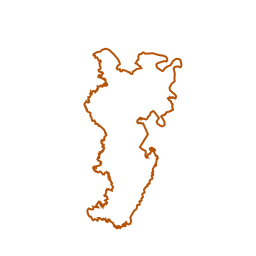 the district of Nanumba North, Northern, Ghana, rotated 326°
{"feature_id": "2480657B57712569843933", "entity_name": "Nanumba North", "entity_type": "district", "adm_level": 2, "iso_a3": "GHA", "parent_name": "Ghana", "parent_adm1": "Northern", "projection": "natural_earth1", "projection_center": [-0.086, 8.922], "detail": "fine", "context": "isolated", "style": "outline", "palette": "amber", "viewbox_px": 256, "rotation_deg": 326, "n_neighbors": 0, "source": "geoboundaries", "source_scale": "gbopen_adm2", "svg_char_len": 5835}
<svg xmlns="http://www.w3.org/2000/svg" viewBox="0 0 256 256"><g transform="rotate(326 128 128)"><path d="M157.5,59.1L156.0,52.6L154.0,49.9L150.2,48.7L147.9,49.2L144.1,47.6L141.9,47.8L141.1,47.4L140.0,48.5L141.0,49.8L140.2,51.4L141.8,52.1L141.4,56.1L142.8,56.5L142.6,57.8L140.3,58.5L140.1,59.6L139.4,60.6L139.2,62.6L137.9,63.6L136.2,63.3L135.5,64.8L136.5,66.3L137.4,66.9L137.9,67.9L137.9,68.7L136.5,68.6L135.7,69.7L133.3,67.9L132.0,69.0L133.2,69.7L133.5,70.3L133.2,70.7L134.1,70.9L134.2,72.1L134.9,73.6L135.3,73.5L135.4,74.4L136.2,74.2L136.4,75.2L135.3,77.0L135.2,80.3L134.0,81.0L133.5,80.7L133.3,78.1L132.0,78.2L131.6,79.3L131.1,78.7L129.9,79.4L129.4,78.9L129.2,77.6L127.7,77.9L126.2,76.5L125.9,77.3L125.0,77.8L125.0,78.8L123.7,78.6L123.2,79.7L122.1,79.2L121.5,79.7L120.9,79.1L120.7,79.4L120.5,78.4L119.9,77.9L118.4,77.8L117.6,78.7L117.6,77.4L117.0,78.2L116.9,79.0L115.8,78.4L115.4,79.9L114.5,80.6L113.4,80.9L112.3,80.3L111.7,81.8L110.8,82.2L111.1,83.4L110.2,84.9L109.0,84.5L108.4,82.5L107.9,83.0L105.7,83.4L104.7,84.5L104.9,86.6L104.2,87.0L104.4,88.1L104.0,88.9L104.5,89.6L103.5,90.6L103.8,92.0L105.3,94.4L103.5,97.1L103.7,98.5L102.4,101.6L102.6,102.4L104.3,102.9L104.3,104.7L103.9,105.3L104.2,106.4L103.6,106.5L105.3,108.3L104.9,109.7L105.6,109.8L107.1,115.3L107.0,118.1L106.8,119.1L106.2,119.5L106.6,120.4L106.1,121.8L103.4,122.3L102.4,123.2L102.5,123.7L101.6,124.7L100.9,124.8L100.4,124.1L99.2,124.6L99.2,123.5L98.7,123.7L97.5,125.9L98.0,127.2L97.8,128.0L98.5,128.4L97.9,129.0L97.3,128.4L96.2,129.1L97.2,130.6L97.1,131.2L95.3,132.1L95.5,132.5L94.7,133.0L93.3,133.3L93.0,132.6L92.1,133.1L91.2,132.4L90.9,133.3L89.5,132.9L89.3,133.5L89.8,133.4L89.8,134.2L88.1,135.0L88.1,136.0L87.5,136.7L86.6,135.9L86.3,136.5L85.2,136.7L85.1,138.3L86.4,140.2L86.6,141.4L85.6,141.6L85.9,142.0L85.7,142.6L84.8,143.2L83.5,143.2L80.1,142.0L79.4,143.0L78.8,141.3L77.7,141.0L76.9,141.4L76.6,142.2L77.0,142.5L77.0,142.1L77.4,142.1L77.7,142.5L77.2,143.7L76.5,143.8L76.8,146.0L77.8,146.3L77.9,147.5L78.6,148.3L80.3,148.3L81.0,148.9L81.3,152.5L82.2,153.2L84.0,152.2L84.6,152.6L85.8,152.5L86.6,154.5L85.7,154.9L86.2,155.7L85.5,156.2L85.6,157.4L85.0,157.2L85.0,158.3L84.3,158.1L84.7,160.2L84.4,160.9L83.7,160.5L84.1,162.7L83.6,163.6L84.0,164.3L83.9,164.8L82.7,165.4L82.6,168.8L80.5,169.7L79.6,170.9L77.5,167.6L76.6,167.8L76.2,167.0L74.6,168.0L73.6,169.5L71.6,170.7L70.7,170.6L70.6,171.4L71.0,171.7L71.3,171.4L72.1,172.6L71.5,175.5L68.4,175.2L69.0,178.2L67.7,178.8L67.8,178.2L65.8,177.8L63.9,179.2L63.6,178.9L63.6,177.2L62.6,179.0L62.2,176.5L62.7,175.6L62.6,174.6L62.9,173.9L63.3,174.1L63.4,173.3L62.6,172.8L58.6,174.2L58.8,177.0L55.2,173.9L55.2,174.4L53.8,175.8L53.3,175.8L52.2,175.1L50.3,172.7L48.4,173.5L47.2,175.3L46.5,178.2L46.6,179.9L47.7,180.6L47.3,183.9L47.6,185.1L49.5,185.0L50.3,185.9L50.8,187.7L52.8,186.9L52.9,186.0L54.1,186.7L55.4,189.9L56.8,189.5L57.0,190.6L57.7,191.1L58.4,190.7L58.4,191.6L57.7,192.9L58.0,194.2L58.9,194.5L60.0,193.0L60.7,192.8L61.5,193.8L61.0,194.3L61.2,195.5L62.5,198.6L62.0,200.1L62.3,200.8L61.6,201.5L62.0,202.9L62.6,202.4L63.2,203.1L62.8,205.0L63.6,205.3L64.6,203.7L65.2,204.0L65.4,205.6L65.9,205.3L65.9,206.4L66.9,205.9L68.6,206.6L69.3,206.5L69.6,205.2L70.6,205.2L70.5,207.7L71.0,207.9L72.2,206.7L72.8,205.1L73.7,204.9L73.5,206.1L74.6,208.3L76.4,208.6L78.6,206.9L80.0,203.4L86.8,200.0L89.8,199.9L92.6,197.1L94.5,198.1L95.8,196.9L96.3,195.4L96.9,195.2L98.3,195.9L98.9,195.4L99.4,194.1L101.7,193.7L102.5,191.3L103.3,190.6L105.4,190.8L106.2,190.0L106.5,188.4L107.2,187.8L109.8,186.9L111.7,187.2L112.1,186.8L112.0,186.1L113.2,185.6L114.7,186.2L115.2,185.9L115.6,184.6L117.5,183.4L119.6,183.7L120.5,183.0L120.7,181.1L121.0,180.6L122.6,181.0L123.1,180.3L122.7,178.8L123.3,178.3L124.5,178.4L125.1,176.6L126.0,175.7L128.8,174.3L129.4,174.9L130.5,174.7L130.7,174.0L130.4,173.4L132.3,172.3L134.5,169.7L134.9,170.1L135.6,170.0L136.5,167.9L136.3,167.1L135.5,167.0L136.1,162.2L137.8,161.7L138.2,160.4L137.3,159.3L136.8,157.6L134.7,157.2L134.1,158.2L134.7,159.1L135.6,159.1L135.9,160.2L132.5,161.1L132.0,161.6L129.8,161.2L128.6,162.1L127.4,162.1L127.0,162.5L127.3,163.2L126.8,162.9L126.6,162.0L127.0,160.7L127.3,160.8L127.8,159.4L128.7,158.9L129.7,157.1L127.4,152.2L127.2,150.5L141.0,144.3L143.1,132.6L142.0,132.2L141.6,131.0L140.5,130.7L139.6,130.0L139.7,129.7L139.1,129.7L138.9,128.5L140.0,127.0L143.7,126.3L144.0,126.6L143.3,126.7L143.1,127.8L144.0,128.4L145.0,128.0L147.9,131.1L149.1,131.0L151.1,129.9L153.2,129.6L155.5,128.0L158.2,127.9L158.8,129.2L159.2,137.0L155.2,138.8L154.8,141.0L156.5,145.1L157.8,146.0L160.2,145.9L161.7,143.1L162.0,140.1L161.9,137.0L163.6,136.7L164.8,137.5L166.1,137.6L166.3,137.1L167.3,137.3L168.4,136.4L172.0,137.7L172.8,137.5L173.3,138.0L174.4,137.7L175.5,138.1L176.7,134.7L178.0,133.8L177.9,133.4L178.3,133.1L177.9,131.7L178.6,130.0L177.7,127.7L178.0,126.8L177.7,126.2L178.1,126.2L178.1,125.7L179.2,126.0L179.7,125.7L179.8,126.6L181.2,127.5L181.5,127.0L182.3,127.5L182.7,128.6L183.2,128.8L183.3,129.8L184.0,130.0L185.7,128.5L185.6,126.3L184.0,120.8L184.0,119.9L184.9,117.8L189.1,115.7L192.9,115.3L194.4,112.6L197.1,109.3L199.1,104.2L200.6,103.6L202.2,104.0L203.9,104.9L205.4,107.0L206.5,106.7L207.6,105.6L209.5,100.9L208.4,98.8L206.6,97.6L203.1,97.6L198.3,99.7L194.6,99.0L191.7,99.2L189.1,100.2L188.2,99.9L186.0,94.6L186.3,92.4L187.2,91.1L188.8,90.9L193.6,92.1L196.3,93.4L196.8,94.2L197.6,94.2L198.6,93.5L199.3,92.2L199.3,90.2L197.6,87.7L194.4,84.8L190.2,79.8L184.0,76.2L183.1,74.0L182.2,73.7L180.7,74.1L178.5,73.2L176.5,74.5L175.4,76.6L174.7,77.1L174.0,76.9L170.5,78.6L171.5,80.0L171.8,82.3L172.6,83.4L172.5,85.8L168.2,84.0L163.4,84.1L162.0,85.5L161.0,85.2L160.5,84.2L160.6,82.8L159.7,82.1L158.1,79.1L156.0,76.8L155.1,77.4L153.9,77.3L153.5,76.4L154.1,74.5L153.1,74.4L151.9,73.2L152.1,71.8L155.2,70.5L156.7,70.7L157.4,69.8L158.1,65.9L157.5,59.1Z" fill="none" stroke="#b45309" stroke-width="2"/></g></svg>